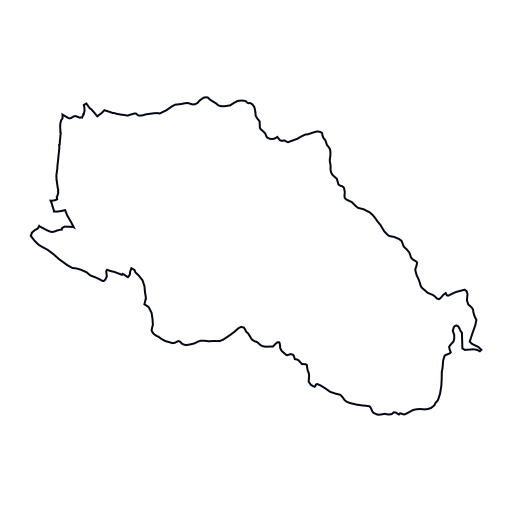 the district of Turnu Ruieni, Caras-Severin, Romania
{"feature_id": "2599482B88059248818528", "entity_name": "Turnu Ruieni", "entity_type": "district", "adm_level": 2, "iso_a3": "ROU", "parent_name": "Romania", "parent_adm1": "Caras-Severin", "projection": "albers", "projection_center": [22.358, 45.376], "detail": "fine", "context": "isolated", "style": "outline", "palette": "ink", "viewbox_px": 512, "rotation_deg": 0, "n_neighbors": 0, "source": "geoboundaries", "source_scale": "gbopen_adm2", "svg_char_len": 5957}
<svg xmlns="http://www.w3.org/2000/svg" viewBox="0 0 512 512"><path d="M435.2,403.4L438.0,400.0L440.0,393.9L441.3,386.1L441.7,379.0L441.8,371.8L442.5,368.2L443.2,360.3L444.7,355.5L449.4,353.5L450.2,353.0L450.8,352.3L449.7,349.7L449.1,347.0L449.9,345.5L453.4,341.6L454.2,339.1L454.2,334.9L452.8,330.8L453.8,327.2L454.9,326.0L456.5,325.5L458.3,326.4L459.6,328.7L460.7,331.3L461.9,332.6L462.4,348.4L464.8,349.9L473.9,349.3L477.2,349.9L479.8,351.3L481.3,349.8L478.4,347.0L472.2,344.0L469.7,341.7L472.4,333.4L475.3,325.2L476.4,319.9L475.1,317.5L474.1,314.9L473.4,312.2L473.0,309.4L472.0,308.0L470.9,306.8L469.7,305.6L468.3,304.6L466.9,300.3L467.5,294.2L466.6,291.2L464.6,289.7L456.4,291.9L454.7,292.5L448.1,295.7L446.9,295.3L445.7,293.1L444.5,293.9L443.4,294.8L440.4,298.2L438.9,299.2L436.9,298.5L435.2,296.7L433.2,295.2L432.0,294.6L429.5,293.6L427.4,292.6L421.5,287.4L420.6,285.6L419.8,282.7L418.8,279.8L417.8,277.6L416.7,275.4L415.5,271.1L415.3,269.2L416.4,266.1L417.1,262.8L416.5,261.7L414.8,260.6L413.0,259.7L410.9,257.4L410.2,254.8L409.2,252.3L406.7,249.4L403.8,246.7L401.5,240.8L398.8,238.9L394.0,236.9L389.2,236.0L387.7,234.9L384.2,231.3L380.4,224.9L377.5,221.4L374.9,217.7L372.6,214.9L369.9,212.5L363.7,209.3L358.1,207.9L355.8,206.1L351.8,202.1L346.7,199.7L345.6,198.9L344.7,197.8L344.6,196.9L344.5,195.1L344.8,192.1L344.0,187.9L342.4,186.3L340.7,185.9L338.5,184.6L336.8,178.8L332.7,175.1L331.6,173.5L330.9,171.6L330.5,169.0L330.6,166.9L330.5,164.8L329.8,161.3L329.9,158.6L330.4,155.5L330.4,154.3L330.4,151.8L330.1,149.4L328.7,147.1L327.0,145.1L325.4,140.4L323.3,137.7L322.5,135.5L322.1,133.1L320.3,131.9L317.1,131.4L312.6,132.7L308.1,134.3L305.4,134.5L301.2,136.5L297.3,138.8L288.0,142.2L286.4,141.6L285.0,140.7L283.9,140.4L282.1,140.9L280.0,140.3L277.3,136.9L276.0,137.8L275.3,138.2L273.8,138.8L272.2,139.0L269.9,138.8L268.4,138.2L266.7,137.1L265.2,133.4L263.0,131.2L260.7,129.2L259.9,127.9L259.6,121.3L257.4,118.6L256.4,117.1L255.6,115.5L255.5,113.3L255.2,111.1L254.8,108.9L254.2,106.8L252.4,104.4L250.4,103.1L248.2,103.2L246.7,102.2L245.7,101.1L242.7,100.6L240.7,100.6L237.7,100.9L233.8,103.0L230.1,105.4L223.8,106.3L220.7,106.1L219.2,105.7L218.4,105.3L217.6,104.8L216.1,103.4L211.3,100.5L209.4,99.1L207.8,97.5L206.8,97.4L205.8,97.3L204.2,97.5L203.1,98.1L200.8,99.6L199.6,100.6L198.5,101.8L197.5,103.0L194.8,104.3L192.4,104.4L187.7,103.0L184.5,103.3L181.5,104.0L175.2,104.7L172.0,106.3L166.5,110.2L159.7,113.5L157.6,113.1L154.4,113.2L146.1,114.3L142.8,115.3L139.4,115.7L138.0,115.2L135.9,113.5L133.9,113.6L127.5,115.6L123.0,114.8L122.0,114.8L120.3,114.5L118.5,114.1L117.3,114.0L115.8,113.5L113.7,113.0L112.6,113.0L110.9,112.3L104.4,110.2L101.3,113.4L100.3,114.0L97.3,116.3L96.1,115.0L94.6,113.0L91.2,109.2L89.8,108.3L86.3,103.5L83.8,105.0L84.4,107.4L84.5,110.0L84.4,111.4L83.8,113.7L83.4,113.9L83.3,114.1L83.6,114.6L83.0,115.5L82.1,117.5L81.8,117.3L79.8,117.7L75.8,116.1L73.9,116.3L71.3,117.9L69.5,118.4L68.3,118.0L62.5,114.6L62.6,116.3L62.5,118.3L62.3,118.7L61.3,120.1L61.1,120.5L60.5,122.8L60.4,123.6L60.2,124.8L60.2,128.1L60.4,130.4L60.3,132.2L60.5,132.4L60.7,132.5L60.6,134.0L60.4,135.8L60.2,138.5L59.9,140.9L59.7,144.5L59.6,144.8L59.1,145.0L59.3,147.1L59.3,148.7L59.2,149.3L58.8,153.3L58.6,154.6L58.2,159.0L57.4,166.1L57.3,168.8L57.0,170.5L56.8,172.7L56.5,173.9L56.4,174.9L56.5,179.9L56.7,180.0L57.0,182.9L57.4,185.5L57.7,187.7L58.3,190.2L58.0,191.0L58.0,191.3L58.3,192.1L58.1,193.0L58.0,193.9L57.7,194.6L57.2,196.5L56.8,196.9L56.9,197.9L57.2,199.2L56.6,199.6L54.3,200.4L52.1,200.7L50.6,200.7L50.9,201.4L51.1,201.5L51.7,203.4L52.4,205.9L53.4,208.9L53.8,210.1L53.9,211.5L57.3,211.6L61.3,211.0L65.1,210.1L67.2,215.4L71.0,222.0L73.7,227.2L73.1,226.9L72.5,226.9L64.8,226.6L64.2,226.8L62.3,227.9L62.0,228.3L61.9,229.0L61.7,229.6L61.4,229.5L57.1,230.5L56.5,230.7L55.6,231.2L52.5,232.0L50.8,231.8L49.8,231.5L46.6,230.1L43.6,228.5L43.0,228.1L39.9,226.6L39.2,225.9L39.0,226.3L37.9,228.3L37.5,228.7L35.2,229.9L32.7,231.9L31.8,232.8L31.8,233.3L31.6,233.6L31.3,234.7L30.7,235.7L32.5,238.2L34.5,240.6L36.6,242.8L38.8,244.9L42.7,247.2L47.6,249.8L53.6,254.3L59.2,259.3L67.4,265.2L72.4,268.0L74.7,268.2L77.0,268.6L79.2,269.2L81.3,269.9L86.8,272.4L89.9,275.1L91.5,275.9L94.3,276.9L97.1,278.1L99.8,279.4L102.4,280.9L103.8,281.0L105.4,279.5L106.8,276.4L106.2,271.1L107.1,269.8L110.8,271.1L114.6,272.0L121.9,274.8L122.5,273.9L123.8,274.5L127.9,277.2L129.3,275.5L130.0,273.8L130.0,272.1L131.4,268.2L134.5,270.0L135.4,272.4L138.8,275.6L142.5,280.3L144.4,286.0L145.0,292.2L145.9,297.9L145.9,298.9L145.7,298.9L144.4,304.3L148.2,306.7L148.9,307.5L151.6,312.9L152.5,318.9L152.9,324.8L152.1,327.6L151.6,330.4L152.0,331.3L152.9,332.9L153.5,333.6L155.0,334.9L156.9,336.1L158.3,336.6L161.2,338.8L165.2,341.0L172.4,343.1L174.6,342.9L178.4,341.0L180.2,341.8L182.1,343.8L184.0,344.6L186.1,345.1L190.3,344.4L194.4,343.4L198.4,341.4L201.1,340.7L205.1,340.8L208.8,341.3L213.3,341.0L219.5,341.1L223.1,339.7L230.1,335.0L233.8,332.3L238.6,328.1L241.1,326.9L243.8,327.5L245.1,329.5L246.2,331.7L248.1,333.4L251.9,339.5L254.7,341.3L257.0,342.0L260.8,345.3L262.6,346.1L265.2,346.7L273.0,346.5L275.2,344.1L277.6,342.2L279.3,342.4L279.9,344.3L280.2,348.1L281.7,351.0L286.1,354.8L287.2,355.2L290.6,354.1L293.1,354.8L293.9,356.1L294.8,359.1L297.4,359.6L298.5,360.3L302.0,364.1L305.4,364.2L306.8,364.9L307.6,370.3L308.5,372.3L309.0,374.5L309.1,375.9L308.7,381.6L310.2,383.9L310.9,384.8L311.4,385.1L312.6,385.9L314.6,386.8L315.4,385.9L315.7,385.3L315.8,384.7L317.1,384.0L320.3,385.3L325.3,388.4L330.1,391.8L335.1,393.5L340.3,394.8L342.6,397.2L344.4,399.9L346.4,401.6L349.8,403.0L356.5,404.6L362.9,405.5L366.2,405.8L369.5,406.3L370.9,408.0L372.3,411.4L373.5,412.9L377.6,414.7L380.4,414.6L384.8,413.8L387.1,414.3L388.2,414.5L390.9,414.3L392.1,413.8L393.2,412.9L393.7,412.3L395.8,412.6L398.9,414.5L400.2,413.3L404.1,414.5L405.7,414.0L412.9,410.1L416.1,409.3L420.3,409.0L424.7,409.4L427.9,409.0L429.5,408.5L431.0,408.0L434.4,405.3L435.2,403.4Z" fill="none" stroke="#020617" stroke-width="2"/></svg>